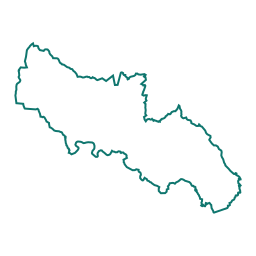 Dak Po, Gia Lai, Vietnam (Albers equal-area conic projection)
{"feature_id": "81297802B45369844815447", "entity_name": "Dak Po", "entity_type": "district", "adm_level": 2, "iso_a3": "VNM", "parent_name": "Vietnam", "parent_adm1": "Gia Lai", "projection": "albers", "projection_center": [108.624, 13.929], "detail": "fine", "context": "isolated", "style": "outline", "palette": "teal", "viewbox_px": 256, "rotation_deg": 0, "n_neighbors": 0, "source": "geoboundaries", "source_scale": "gbopen_adm2", "svg_char_len": 5832}
<svg xmlns="http://www.w3.org/2000/svg" viewBox="0 0 256 256"><path d="M137.4,73.6L135.9,73.6L135.4,75.0L133.9,76.0L130.8,76.7L130.0,77.1L129.1,77.9L128.9,78.8L127.7,79.4L127.5,79.1L127.5,78.0L125.3,76.1L125.3,75.0L123.9,75.0L123.2,74.1L123.1,73.1L121.9,72.4L121.2,72.5L120.8,72.9L117.6,84.9L114.9,85.0L113.0,75.6L106.1,81.0L102.2,78.3L97.5,80.1L96.6,79.8L94.6,78.0L93.5,77.8L92.7,77.2L91.7,78.1L91.0,78.2L90.4,78.0L89.2,77.0L88.0,77.1L87.5,76.7L86.1,76.7L84.0,77.4L82.8,77.5L80.7,76.7L79.5,76.6L77.6,76.8L76.5,74.0L74.9,72.0L73.3,70.8L72.3,69.2L70.4,68.8L69.5,67.8L67.1,67.1L64.0,64.8L61.8,64.3L61.5,63.6L60.7,63.3L59.9,62.6L58.5,59.4L57.9,58.7L57.0,58.3L53.1,58.2L52.3,56.4L50.4,54.6L49.5,53.2L49.2,51.4L47.7,49.6L47.0,49.4L45.2,49.4L44.5,49.8L43.7,50.9L39.9,50.1L38.5,48.3L38.0,46.3L37.1,45.9L36.3,45.8L35.3,45.8L33.8,46.2L33.0,43.4L31.6,44.4L30.0,46.0L29.4,47.0L28.1,48.4L26.9,50.2L26.0,56.8L24.9,61.3L25.6,63.4L25.8,64.8L26.9,67.4L24.1,67.7L20.7,67.4L18.9,69.9L19.1,70.5L18.6,71.0L18.9,71.9L19.3,75.4L18.6,77.0L19.1,78.2L20.2,79.8L20.3,80.7L19.6,82.0L17.2,83.7L16.6,84.7L16.3,86.6L16.4,89.7L15.8,91.6L15.8,93.3L15.4,95.4L16.4,103.2L23.2,103.8L23.5,105.6L24.7,108.5L24.9,108.6L35.8,109.4L37.6,108.8L38.5,109.8L38.6,110.6L40.0,113.9L40.5,116.7L41.6,116.7L42.3,117.2L43.5,116.8L44.5,117.5L46.1,120.3L46.5,121.5L49.0,122.9L49.1,124.4L49.7,127.3L50.9,127.7L52.5,128.8L54.2,130.5L55.8,131.0L59.1,131.3L60.3,131.9L61.6,132.2L62.1,132.8L63.1,134.8L64.4,135.5L65.0,136.5L65.6,136.7L65.6,137.0L65.1,137.7L65.5,138.0L65.3,138.5L65.5,138.8L65.2,139.8L65.5,140.5L65.8,143.1L66.4,144.5L66.4,145.4L67.2,146.1L67.7,147.9L68.8,148.6L68.8,149.5L69.3,149.8L69.5,150.4L69.1,151.1L69.1,152.0L68.8,152.8L70.1,153.2L71.5,154.3L75.0,152.9L77.6,150.2L78.4,148.9L78.6,148.1L78.3,147.4L76.0,145.8L75.4,144.7L76.1,142.6L77.0,141.8L78.0,141.5L80.8,141.8L82.1,142.3L83.4,143.1L84.6,143.0L86.3,142.5L88.2,142.2L92.2,142.5L93.4,143.2L93.9,143.9L94.5,145.9L94.4,148.1L94.1,149.0L92.5,150.9L91.9,153.0L92.2,153.8L95.7,156.8L97.0,156.9L97.7,156.4L97.8,155.6L97.5,153.9L97.7,153.0L98.9,151.1L100.8,150.3L101.9,150.5L102.4,151.3L104.4,152.8L106.6,154.8L107.8,155.2L109.6,154.6L110.4,153.8L112.0,150.8L112.8,151.5L114.4,151.7L115.4,152.3L117.3,152.2L118.1,151.5L118.7,151.3L120.3,151.6L120.8,152.1L120.7,152.8L121.0,153.0L121.8,152.5L123.3,152.5L124.2,153.6L125.7,154.3L126.6,155.4L126.5,157.1L126.9,157.9L123.5,159.7L123.8,160.9L123.7,162.2L124.3,163.0L124.6,164.2L126.8,167.1L132.6,170.2L134.9,170.1L135.8,169.7L136.2,169.3L138.6,169.8L138.5,170.7L138.8,171.7L140.3,172.5L140.7,173.4L140.9,174.9L140.2,176.1L140.2,178.1L141.4,179.6L142.4,180.4L143.1,180.3L143.6,179.7L144.2,178.4L144.7,177.8L145.4,178.5L146.6,178.9L147.4,180.6L148.8,181.0L150.0,182.1L151.1,182.4L151.8,183.2L154.5,185.1L157.0,185.8L159.3,187.1L158.7,188.9L158.8,191.0L160.9,193.2L165.1,193.1L166.6,191.7L166.8,189.4L168.4,188.9L168.2,186.9L167.9,186.3L169.0,185.1L169.7,183.3L172.5,182.9L173.6,183.0L174.9,183.7L176.1,182.4L178.4,181.3L180.8,179.2L181.1,179.1L182.2,179.2L183.7,179.8L184.9,180.7L189.4,182.1L190.7,183.4L191.8,185.6L192.3,185.9L193.4,185.9L193.8,186.6L195.0,186.8L195.4,187.1L195.4,188.5L196.2,189.6L196.0,189.8L195.2,189.8L195.2,190.4L195.7,190.9L196.7,190.9L196.8,192.2L197.4,192.7L198.1,194.2L198.9,195.1L199.2,196.1L199.8,197.1L200.1,198.8L202.1,199.3L202.0,201.2L201.4,202.8L202.0,204.3L201.2,205.5L202.1,206.1L202.7,206.1L203.3,205.0L204.7,206.2L205.1,206.2L205.5,205.0L206.3,204.5L205.7,203.5L205.9,203.0L207.6,203.6L209.4,202.9L210.1,203.6L210.5,204.4L211.2,204.9L211.6,208.1L213.2,211.0L213.5,212.2L214.0,212.6L227.4,208.0L227.9,207.0L227.9,205.7L229.2,205.6L229.9,205.0L229.5,203.0L231.1,202.4L232.2,200.5L234.1,199.5L234.6,198.4L234.7,197.5L235.5,196.8L235.7,195.5L236.1,195.3L237.4,195.5L237.8,195.2L238.1,194.5L238.0,193.0L238.2,192.6L239.1,192.4L239.9,192.8L240.3,192.5L240.1,190.3L239.4,188.7L239.6,187.8L239.1,186.7L238.9,185.5L239.2,185.4L240.3,185.8L240.6,185.5L239.4,184.0L238.4,183.2L238.1,181.0L238.7,180.3L238.8,179.0L240.1,179.5L240.6,179.4L240.6,179.1L239.3,176.8L237.7,175.7L236.3,175.1L236.0,174.3L236.5,173.7L236.4,173.4L235.6,173.1L234.6,174.0L233.8,173.9L230.3,170.8L228.7,168.8L225.4,165.5L225.2,164.4L224.1,162.6L223.2,159.3L221.9,157.1L221.3,155.4L221.7,152.1L221.3,150.6L218.9,149.0L217.8,146.6L215.9,145.4L213.9,145.4L211.9,143.5L209.3,139.9L209.3,139.6L210.6,137.5L210.4,135.9L207.5,134.4L206.8,133.8L205.9,132.6L205.6,131.4L205.0,130.3L201.9,126.6L199.6,125.8L199.7,124.9L199.1,124.4L198.7,125.4L198.3,125.9L197.0,126.0L196.2,125.8L194.3,124.4L192.4,123.7L191.3,123.0L191.2,121.6L190.5,120.4L187.6,119.8L186.7,119.0L186.2,117.5L183.4,118.3L182.9,118.1L181.7,117.1L181.1,115.8L181.5,114.5L181.3,113.4L181.4,111.3L180.9,110.0L180.0,108.7L179.5,106.0L178.8,105.4L177.4,108.9L176.9,109.3L176.5,110.1L175.8,110.5L175.5,111.2L173.8,111.2L171.7,112.1L170.8,113.4L170.5,113.6L170.5,113.9L169.9,114.3L168.2,113.9L168.0,114.4L167.2,115.0L166.9,115.5L165.6,116.3L165.4,117.1L164.3,118.1L162.9,118.7L162.0,118.8L161.4,119.2L161.4,119.6L160.6,120.0L160.3,120.6L159.7,120.9L159.8,121.7L159.2,121.6L158.4,121.8L158.1,121.4L157.2,121.4L156.5,120.9L155.1,120.6L154.6,120.2L153.6,120.7L153.5,120.2L153.2,120.1L153.1,119.8L152.6,119.7L152.0,118.9L151.5,119.4L150.8,119.6L150.2,119.5L149.3,119.0L147.8,119.2L146.9,119.7L145.8,121.3L144.9,120.0L144.4,118.9L144.4,118.1L144.0,117.0L146.3,115.4L145.4,114.1L145.3,113.4L145.7,110.2L145.3,107.2L145.5,106.2L145.4,104.7L145.6,104.1L144.2,102.6L146.5,100.6L145.8,99.2L145.8,98.5L146.8,95.3L145.8,95.1L143.6,95.6L142.3,94.8L142.7,93.2L143.1,92.8L143.2,91.6L143.8,90.6L145.2,86.5L145.3,85.7L144.8,85.0L143.3,85.5L142.9,84.8L141.3,84.0L145.9,79.9L145.5,77.5L144.3,76.9L143.9,76.4L144.2,76.1L145.1,76.2L145.1,75.4L145.6,74.9L144.4,74.1L140.6,74.7L138.3,74.4L137.4,73.6Z" fill="none" stroke="#0f766e" stroke-width="2"/></svg>